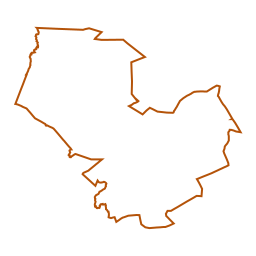 the district of Coapilla, Chiapas, Mexico
{"feature_id": "50627088B26758621941112", "entity_name": "Coapilla", "entity_type": "district", "adm_level": 2, "iso_a3": "MEX", "parent_name": "Mexico", "parent_adm1": "Chiapas", "projection": "albers", "projection_center": [-93.127, 17.118], "detail": "fine", "context": "isolated", "style": "outline", "palette": "amber", "viewbox_px": 256, "rotation_deg": 0, "n_neighbors": 0, "source": "geoboundaries", "source_scale": "gbopen_adm2", "svg_char_len": 5287}
<svg xmlns="http://www.w3.org/2000/svg" viewBox="0 0 256 256"><path d="M83.1,29.8L57.2,28.8L36.8,27.9L36.9,28.0L37.2,28.2L37.4,28.9L37.6,29.8L37.9,30.1L38.2,31.0L38.3,31.5L38.7,32.0L38.7,32.6L38.5,33.2L38.5,33.6L38.4,34.0L38.1,34.2L37.8,34.3L37.0,34.4L36.4,34.3L36.2,34.5L36.0,34.8L35.9,35.4L35.6,36.2L35.8,36.3L36.1,37.0L36.4,37.4L36.2,38.3L36.0,39.0L36.8,40.1L36.9,41.0L36.6,41.3L37.8,42.5L37.4,43.6L38.0,45.3L38.0,45.8L37.7,45.7L37.3,46.3L37.9,46.2L38.1,46.3L38.0,47.3L37.8,47.3L37.6,47.3L37.1,47.6L36.7,47.8L36.2,48.3L36.3,49.0L35.9,49.3L35.6,49.5L35.1,49.4L34.7,49.7L34.3,49.9L34.0,50.3L34.2,51.3L34.5,51.9L34.8,52.3L34.2,52.4L33.9,52.6L33.4,52.7L33.0,52.6L32.4,52.9L31.9,52.7L31.5,53.0L31.0,53.6L30.6,54.4L30.9,54.6L30.6,54.7L30.3,55.3L30.4,55.7L30.1,56.0L29.7,56.8L29.9,57.6L30.6,58.6L30.8,61.5L30.5,62.4L30.4,62.7L30.4,63.4L30.2,64.3L30.5,65.0L29.9,66.4L29.8,67.3L28.6,69.1L28.3,70.3L27.8,71.7L27.6,71.9L27.0,73.3L26.1,74.7L26.6,74.8L24.8,79.4L23.0,84.2L21.1,89.0L18.2,96.6L15.4,103.9L15.5,103.9L16.3,104.2L16.7,104.2L18.2,104.7L21.8,106.2L22.2,106.6L26.4,108.4L26.7,108.6L29.0,111.3L30.1,112.5L32.5,115.4L35.0,118.3L40.9,121.5L44.1,123.4L44.7,123.7L45.3,124.0L45.8,125.5L46.1,125.6L46.3,125.5L46.5,125.6L46.9,125.3L47.6,125.6L49.5,126.6L52.3,127.8L53.6,128.6L54.2,129.3L54.4,129.5L56.9,132.4L58.1,133.8L59.6,135.6L60.2,136.3L62.8,139.4L63.3,140.0L64.0,140.7L64.8,141.6L64.9,141.8L65.6,142.6L67.1,144.4L67.6,145.0L67.9,145.3L68.2,145.7L69.9,147.6L70.5,148.2L71.3,149.4L71.0,149.4L70.8,149.5L70.5,149.6L69.5,150.5L69.7,151.4L69.9,151.7L70.2,152.5L68.6,155.1L68.7,155.3L68.8,155.3L69.7,155.5L69.8,156.0L69.7,157.0L70.0,157.2L70.3,157.2L70.9,157.2L71.4,156.6L71.6,156.4L73.4,155.2L73.6,155.0L75.3,154.0L76.1,154.2L90.6,159.2L91.1,159.4L91.6,159.4L102.0,159.4L100.8,160.4L100.6,160.5L98.5,162.3L97.7,163.0L95.9,164.4L95.1,165.1L91.8,167.8L89.2,169.9L88.5,170.6L84.7,172.3L83.8,172.7L82.9,173.4L82.6,174.2L86.6,177.8L87.8,178.9L91.1,181.9L91.5,182.3L95.4,185.8L97.6,180.5L97.9,180.9L98.3,181.8L99.1,182.3L99.9,182.5L100.5,182.6L101.1,182.6L101.8,182.4L102.2,182.4L103.0,182.2L103.5,182.0L103.9,181.8L104.8,182.1L105.6,182.7L106.0,183.0L106.4,183.6L106.2,184.2L105.7,185.1L106.0,186.2L105.9,186.4L105.4,187.1L105.0,188.3L104.6,188.8L103.5,189.3L103.0,189.6L102.3,190.1L101.7,190.6L101.1,190.9L100.5,191.4L99.5,191.7L98.5,193.9L98.0,194.2L97.2,194.5L96.6,195.0L96.0,195.2L95.3,196.2L94.8,197.1L95.0,198.4L95.4,198.9L95.0,200.0L95.3,201.1L95.6,201.6L95.3,202.8L95.0,203.6L94.8,204.4L95.0,206.3L95.7,206.1L95.8,206.6L95.8,207.0L96.2,207.1L96.7,208.0L97.1,208.2L98.0,207.8L98.7,207.9L99.2,208.0L99.6,207.7L99.7,207.0L100.0,206.5L99.7,205.8L100.1,205.4L100.4,204.6L101.1,204.1L101.8,204.2L102.0,204.4L102.4,204.0L102.8,203.9L103.1,204.5L104.1,204.6L104.7,204.3L105.3,204.1L105.4,204.5L105.9,205.3L105.7,206.4L105.9,207.0L106.0,208.3L106.0,209.2L107.0,210.0L107.3,210.5L108.1,211.9L108.5,211.8L108.8,213.2L108.9,214.1L108.9,215.5L108.7,216.2L108.6,217.3L111.0,218.1L113.4,217.4L114.6,217.2L116.3,221.9L119.0,220.1L120.7,218.8L122.7,217.6L123.5,217.4L124.4,217.1L128.3,215.7L136.5,215.0L139.4,215.1L140.3,219.8L141.3,224.3L145.3,227.3L149.4,228.1L153.2,227.8L156.7,227.5L160.3,227.3L163.5,227.0L165.4,227.0L169.5,225.5L173.7,223.5L171.8,221.6L169.9,219.7L168.0,217.7L166.2,215.9L166.2,215.4L165.9,213.8L166.2,213.3L167.5,210.9L170.9,210.9L174.1,209.0L177.3,207.2L180.5,205.3L183.7,203.4L186.9,201.5L190.1,199.7L193.4,197.8L196.6,195.9L199.0,196.0L201.5,196.2L202.1,188.9L200.7,186.0L200.3,185.2L199.1,182.9L197.7,180.4L197.3,179.7L196.9,179.1L198.2,178.6L200.6,177.6L204.3,176.1L207.9,174.7L211.6,173.2L215.0,171.6L217.2,170.6L219.5,169.5L221.7,168.5L224.0,167.4L226.3,166.4L228.5,165.3L228.3,163.1L227.9,162.1L227.0,159.8L225.3,155.9L224.2,153.4L223.5,151.2L224.5,148.7L224.8,146.5L225.5,145.5L226.7,144.1L227.2,143.6L227.8,142.4L228.8,140.5L228.8,137.0L228.8,136.3L228.7,135.6L228.6,135.1L228.3,134.3L228.4,132.9L228.3,132.3L229.4,130.9L229.7,129.8L231.4,129.9L233.6,130.5L236.1,131.5L239.4,132.0L240.6,132.2L238.1,127.8L235.1,122.8L232.5,119.1L231.8,119.1L232.3,118.8L226.8,109.3L224.8,106.3L223.0,104.2L221.4,101.7L219.6,98.5L218.7,96.8L217.9,96.0L218.0,95.2L218.4,93.7L218.6,93.3L219.1,90.9L219.3,89.0L219.4,88.4L219.8,86.4L219.5,86.3L219.1,86.2L218.8,86.0L216.8,85.6L216.7,85.6L212.4,88.0L212.0,88.3L211.4,88.7L210.5,89.2L206.9,91.5L205.7,91.5L204.0,91.5L203.0,91.4L200.3,91.4L198.5,91.5L197.3,91.5L195.1,91.8L194.4,91.8L192.3,92.8L191.3,93.6L190.7,93.9L189.6,94.5L188.9,94.9L188.4,95.1L187.1,95.7L186.0,96.4L185.0,97.1L184.8,97.2L183.4,98.1L179.9,101.0L179.2,102.4L178.6,103.4L178.3,103.9L178.0,104.6L177.9,104.7L176.6,107.1L175.9,108.1L174.8,110.0L174.0,111.0L173.6,112.4L173.1,112.7L172.9,112.8L166.8,112.6L162.3,112.1L157.5,111.6L152.4,109.0L149.8,107.8L149.5,108.1L148.2,109.1L146.4,110.6L142.6,114.4L136.6,110.7L129.0,106.1L131.8,104.8L133.5,103.5L134.2,103.1L134.6,103.1L134.9,103.0L135.2,102.9L136.4,102.4L136.6,102.3L137.6,101.8L137.7,101.7L138.0,101.5L138.4,101.1L135.6,98.6L135.6,98.9L131.7,94.0L131.9,86.2L132.0,81.4L131.6,71.5L131.5,68.2L131.4,65.2L131.3,62.3L138.4,59.5L140.7,58.6L144.9,57.0L127.5,43.4L123.2,39.7L101.6,39.9L95.9,39.1L95.7,39.1L94.8,39.0L95.3,38.2L101.2,32.5L101.6,32.1L89.1,28.3L85.3,29.1L83.1,29.8Z" fill="none" stroke="#b45309" stroke-width="2"/></svg>